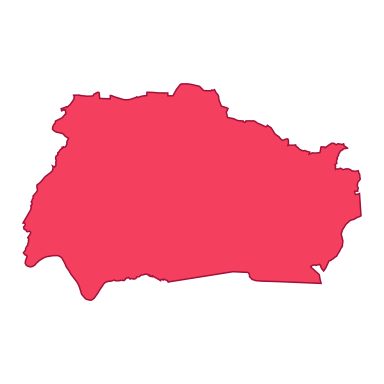 outline of Piojó, Atlántico, Colombia
{"feature_id": "7082276B86748293561123", "entity_name": "Piojó", "entity_type": "district", "adm_level": 2, "iso_a3": "COL", "parent_name": "Colombia", "parent_adm1": "Atlántico", "projection": "orthographic", "projection_center": [-75.155, 10.743], "detail": "fine", "context": "isolated", "style": "filled", "palette": "rose", "viewbox_px": 384, "rotation_deg": 0, "n_neighbors": 0, "source": "geoboundaries", "source_scale": "gbopen_adm2", "svg_char_len": 5857}
<svg xmlns="http://www.w3.org/2000/svg" viewBox="0 0 384 384"><path d="M73.6,95.2L74.2,96.6L74.0,98.8L72.9,100.8L70.2,104.5L67.0,107.3L66.7,107.3L66.5,106.8L62.3,108.4L61.2,108.6L61.6,110.8L62.0,110.7L63.5,110.1L63.8,109.7L64.2,109.8L64.7,109.6L64.9,109.7L64.8,110.2L65.4,110.4L65.9,113.8L65.4,114.0L62.1,117.8L55.4,121.1L55.3,122.4L55.1,123.1L54.0,124.3L53.2,125.7L52.7,127.2L52.5,128.9L53.0,129.8L53.8,130.6L56.3,132.1L61.7,133.3L62.6,133.7L63.6,134.3L64.7,135.8L66.9,137.4L68.6,138.2L67.8,139.9L67.0,141.2L66.8,142.5L66.9,143.9L66.0,146.0L65.4,146.8L64.5,147.2L63.3,146.8L63.1,147.5L62.9,147.8L62.2,147.4L62.1,148.3L61.6,148.4L61.4,148.6L61.0,149.3L60.0,150.1L58.6,152.3L58.0,152.5L57.8,152.8L57.7,153.2L58.0,154.7L56.2,155.9L55.6,157.4L55.8,159.2L56.3,160.6L55.8,161.9L55.9,165.4L54.6,167.0L54.1,166.5L53.7,166.6L52.6,166.0L53.1,167.2L52.5,170.6L50.0,173.1L48.1,174.3L47.6,174.8L45.3,176.5L40.3,182.4L36.9,185.1L37.0,188.1L37.4,189.3L37.4,190.3L36.3,192.3L33.1,196.0L33.0,196.6L33.3,197.9L32.3,199.4L31.9,200.9L31.2,201.9L32.0,203.1L32.2,203.6L31.6,205.0L31.1,205.2L30.7,206.0L31.3,207.0L30.9,208.5L30.9,209.1L30.1,210.8L23.0,223.0L24.8,223.2L25.3,224.7L25.1,225.4L23.6,227.0L23.6,227.7L24.2,229.3L24.7,229.6L26.0,229.9L26.2,230.2L26.5,231.3L27.0,231.7L27.9,231.7L29.1,231.2L29.9,231.4L30.5,232.1L30.7,232.8L30.1,233.9L29.7,235.0L29.1,235.5L28.5,237.0L28.0,237.2L27.7,237.7L27.8,237.9L28.4,238.5L28.7,239.2L28.7,239.9L28.4,240.5L28.6,241.8L28.2,242.5L27.6,245.2L26.4,246.9L25.6,248.7L25.4,250.3L23.4,252.7L24.4,254.2L25.3,255.0L26.5,255.5L27.1,256.3L25.6,260.6L25.3,262.0L25.2,263.3L26.3,265.3L27.8,266.2L30.2,266.9L32.6,266.5L34.9,265.0L36.5,263.1L39.3,260.6L42.9,258.3L45.8,256.9L52.6,255.7L56.9,255.6L58.6,255.8L61.6,257.6L63.7,261.2L65.3,264.4L66.2,266.8L69.1,270.9L71.0,274.3L76.8,281.8L78.7,285.2L80.0,288.9L81.6,294.2L83.9,297.0L86.0,299.2L89.6,300.1L91.6,300.1L94.4,298.0L98.0,292.8L99.0,291.0L99.9,289.8L100.4,288.8L102.5,285.9L103.3,284.4L104.7,282.9L106.6,281.8L108.8,281.3L111.2,281.1L113.8,280.2L114.6,280.1L115.2,280.6L115.7,280.8L118.6,280.8L120.4,280.4L122.0,280.3L124.0,280.6L124.5,280.3L124.7,279.8L125.2,279.5L125.5,278.7L126.5,278.4L127.1,277.9L127.8,277.8L128.2,277.4L129.1,277.9L129.4,278.6L130.0,279.0L130.4,279.0L131.2,278.6L131.7,278.5L132.4,278.8L134.1,279.1L135.8,278.5L136.4,277.8L136.9,276.9L139.1,276.7L141.2,275.1L142.7,274.8L144.0,274.7L144.6,274.2L145.5,274.2L146.4,274.0L147.2,274.7L147.7,274.5L148.8,274.7L149.2,275.1L148.9,275.5L149.0,275.7L149.4,276.0L150.1,275.7L150.3,276.2L150.6,276.5L151.5,276.3L152.2,276.8L152.4,276.7L152.5,276.4L152.4,275.9L152.7,275.8L153.5,276.7L154.8,277.2L155.5,277.8L156.5,278.0L157.8,279.1L158.7,279.3L159.6,280.1L160.5,280.6L160.5,280.3L161.1,279.6L162.1,279.5L162.3,279.4L163.1,280.1L163.4,280.0L164.0,279.1L165.3,279.9L165.9,279.9L166.8,280.3L167.4,280.8L167.8,281.6L168.3,282.1L168.6,281.9L232.9,271.7L248.0,272.4L248.7,273.1L249.2,274.1L249.5,275.2L249.5,276.7L252.1,279.4L255.7,280.6L261.4,281.1L278.1,281.6L321.1,283.4L319.9,278.6L319.5,275.8L319.1,274.5L310.6,266.8L312.4,265.3L315.6,264.9L315.9,265.4L319.6,264.4L320.8,266.2L321.1,267.6L322.4,269.6L323.6,271.0L324.1,270.5L324.3,269.9L325.4,268.6L327.7,263.8L328.8,261.1L331.0,260.3L331.7,259.5L333.3,258.7L334.9,257.2L336.5,256.3L337.8,253.9L339.7,251.0L340.7,248.7L342.3,246.5L342.9,240.9L341.2,234.1L342.5,229.9L345.9,224.4L349.1,221.4L350.6,220.3L354.3,219.2L357.3,217.4L358.4,216.9L358.9,216.9L361.0,215.8L359.5,193.5L357.6,194.2L355.5,194.5L354.9,193.0L354.7,191.2L357.7,191.2L357.7,190.1L358.2,188.6L358.1,187.8L357.9,187.0L357.5,186.5L357.1,185.6L357.2,184.9L357.6,184.1L357.7,182.6L358.2,181.6L359.3,180.6L359.9,179.7L360.3,178.7L359.9,177.4L359.7,174.4L358.8,172.9L358.4,171.1L358.2,170.7L355.6,171.3L352.2,170.9L351.4,170.5L350.3,169.6L348.3,168.9L345.7,168.9L343.1,169.7L340.6,168.2L339.7,168.4L338.4,169.2L337.0,168.9L336.1,169.0L335.6,169.3L335.4,168.2L335.2,167.9L335.7,166.3L335.5,165.9L335.1,165.4L334.9,164.7L336.8,163.4L336.7,162.5L336.5,162.0L336.5,161.1L336.7,160.5L336.7,160.0L337.4,158.7L337.3,158.2L337.1,157.7L338.6,155.2L338.3,154.2L339.1,153.5L339.8,152.2L340.1,151.5L340.7,150.9L342.0,150.2L342.3,149.8L342.7,149.8L343.4,148.9L345.8,148.4L347.0,148.4L347.5,148.1L343.9,145.6L343.6,145.2L343.9,144.6L343.8,144.0L343.5,143.8L342.5,144.4L342.0,144.4L337.8,143.7L337.2,144.2L336.1,144.7L334.1,143.4L331.6,143.2L330.8,143.9L329.7,144.4L325.4,147.6L325.4,147.3L325.1,147.3L324.0,146.9L323.1,147.0L321.8,146.8L321.1,146.9L320.9,147.1L320.2,152.0L318.9,152.8L314.2,153.1L312.4,152.8L309.2,154.2L309.7,152.1L306.4,151.2L304.8,150.5L303.2,150.9L300.0,149.6L299.3,149.1L298.2,147.9L296.1,146.1L295.8,145.7L295.6,144.9L293.5,145.2L289.3,145.1L287.9,145.5L288.1,144.9L288.5,143.0L288.4,140.4L287.8,138.9L286.1,139.0L282.9,140.3L282.2,140.1L280.4,138.7L279.0,136.8L275.2,134.2L271.2,127.9L267.4,125.3L266.7,126.4L266.0,126.7L265.4,126.7L260.6,124.4L257.5,123.2L255.3,121.5L254.0,120.9L246.0,120.9L245.5,121.5L245.2,122.3L243.4,122.0L243.3,121.0L238.1,120.6L236.0,119.9L234.7,119.1L232.4,118.4L227.5,117.5L226.3,111.9L227.4,110.3L227.7,109.1L228.0,108.4L225.6,107.4L221.9,106.3L221.2,105.8L218.8,99.4L218.6,96.3L217.6,94.4L216.6,93.3L215.8,92.3L214.5,89.6L213.1,90.3L211.7,90.0L211.4,90.5L210.9,90.8L204.0,90.6L203.4,90.3L199.7,86.5L199.1,86.2L191.2,84.4L188.0,83.9L181.6,83.9L180.9,84.1L180.1,84.7L176.4,89.5L172.9,95.8L167.9,95.8L167.8,93.0L157.4,92.9L154.7,92.5L147.0,92.2L146.7,95.6L144.2,95.8L141.7,96.2L138.5,97.2L138.0,97.6L136.8,96.8L135.5,97.6L130.8,99.2L128.2,99.7L126.1,99.8L124.1,99.7L122.6,99.3L114.7,96.9L113.6,96.4L113.0,96.3L111.7,95.6L110.3,95.5L110.2,98.8L99.7,98.4L99.2,92.9L99.0,92.6L98.1,92.2L97.6,92.3L94.8,93.7L93.9,94.3L93.5,95.0L93.4,95.4L93.0,95.8L91.4,96.1L86.5,96.2L83.5,95.8L82.5,95.8L81.4,95.5L80.5,95.5L79.1,95.1L73.6,95.2Z" fill="#f43f5e" stroke="#9f1239" stroke-width="1.5"/></svg>